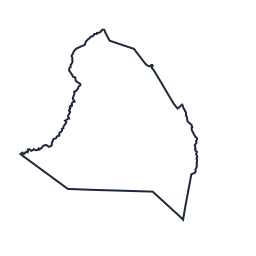 Palmas de Monte Alto, Bahia, Brazil, rotated 294°
{"feature_id": "56859067B99815103572089", "entity_name": "Palmas de Monte Alto", "entity_type": "district", "adm_level": 2, "iso_a3": "BRA", "parent_name": "Brazil", "parent_adm1": "Bahia", "projection": "mercator", "projection_center": [-43.172, -14.195], "detail": "fine", "context": "isolated", "style": "outline", "palette": "slate", "viewbox_px": 256, "rotation_deg": 294, "n_neighbors": 0, "source": "geoboundaries", "source_scale": "gbopen_adm2", "svg_char_len": 3451}
<svg xmlns="http://www.w3.org/2000/svg" viewBox="0 0 256 256"><g transform="rotate(294 128 128)"><path d="M208.1,66.4L207.7,65.3L207.2,64.4L206.1,64.3L205.3,63.8L204.2,63.8L203.4,62.9L202.7,61.8L202.2,61.0L201.2,61.2L200.6,60.0L200.2,59.0L199.0,58.9L197.6,58.6L196.8,57.4L195.9,56.7L194.8,56.5L193.7,56.0L192.6,55.3L191.4,55.0L190.4,54.4L189.1,54.6L187.9,54.4L186.7,54.8L185.6,54.0L184.4,52.9L183.6,52.1L182.6,51.2L181.3,50.1L180.3,49.2L179.6,48.7L178.8,48.1L177.7,47.9L176.8,47.5L175.9,47.3L174.8,47.4L173.5,47.4L171.9,47.2L170.7,47.3L170.0,48.0L169.6,48.6L168.6,49.1L167.6,49.2L167.0,49.9L166.1,50.3L164.9,50.4L163.3,50.3L162.4,50.0L161.5,50.2L160.5,50.8L159.5,50.2L158.6,50.2L157.4,50.4L156.2,51.2L155.7,52.4L154.9,53.5L154.1,55.0L153.6,55.7L152.6,56.6L152.5,57.8L152.7,59.3L151.6,60.0L150.6,60.4L149.7,61.3L149.5,62.7L149.1,64.5L149.1,65.6L148.9,66.4L147.8,67.1L146.4,66.3L144.9,66.0L143.8,66.4L142.7,66.0L141.7,65.6L140.6,65.5L139.9,64.7L139.2,64.1L138.3,64.7L137.1,65.2L136.1,65.2L135.1,65.3L134.0,65.4L133.0,65.4L131.9,65.9L131.6,66.8L131.2,67.6L130.4,68.4L129.3,67.1L128.4,66.8L127.5,66.7L126.7,67.0L126.1,67.7L124.8,67.6L124.9,66.5L124.0,66.2L123.1,66.4L122.4,67.2L121.5,67.4L120.8,66.8L119.7,67.1L119.3,68.4L118.0,68.7L116.6,68.4L115.2,68.3L114.3,68.4L113.6,69.4L112.6,70.3L111.9,69.3L110.9,68.8L109.9,68.3L109.1,67.5L108.6,68.3L108.4,69.2L107.5,69.5L106.3,69.1L105.2,68.8L104.2,68.7L102.5,68.5L101.4,69.1L100.1,68.0L99.1,68.6L98.1,68.7L97.0,68.3L96.1,67.4L94.8,67.4L93.8,68.1L92.9,68.3L92.3,67.1L91.1,66.5L90.0,66.4L89.1,66.3L88.5,65.4L87.7,64.6L86.9,64.3L85.9,64.5L85.0,64.6L83.9,64.5L82.3,64.9L81.1,65.4L80.0,64.9L79.3,64.0L78.6,63.4L78.8,62.3L79.1,61.5L79.2,60.7L78.9,59.5L77.9,58.5L77.1,57.7L76.2,57.5L74.8,57.3L73.9,56.6L73.0,56.3L72.1,55.7L72.9,54.7L71.8,54.4L70.8,53.9L70.2,52.8L70.3,51.5L70.4,50.6L69.2,50.2L68.7,49.5L67.9,49.1L67.9,47.9L68.5,46.5L67.9,45.5L67.1,45.3L66.2,46.1L65.0,46.2L64.9,44.9L63.9,44.1L62.9,44.0L61.9,43.5L62.2,42.5L62.6,41.5L61.7,41.0L60.4,40.4L59.6,43.7L58.8,47.6L56.8,56.9L54.3,68.3L47.9,97.7L48.4,99.1L56.6,119.6L65.4,141.0L69.0,149.8L79.9,176.4L68.0,212.1L66.6,215.6L80.4,212.1L111.5,204.7L112.8,205.9L113.6,206.7L114.5,207.4L115.3,207.6L116.2,207.2L117.0,206.7L117.9,206.5L119.0,206.5L119.9,206.7L120.8,206.4L122.2,206.1L123.3,205.1L124.6,204.9L125.9,204.5L126.9,204.1L127.5,203.3L128.6,202.9L129.6,203.2L130.6,202.2L131.4,201.4L131.9,200.7L133.0,200.8L134.2,200.8L134.5,199.7L134.9,198.6L135.5,198.0L136.5,198.1L137.3,197.4L138.2,197.0L139.6,195.9L140.7,196.2L141.7,196.4L142.7,196.5L143.2,195.8L144.1,195.5L145.5,195.7L146.6,195.3L147.2,194.1L147.5,192.8L148.3,191.9L148.9,191.0L149.8,190.0L150.7,188.8L151.3,187.9L152.0,187.3L152.9,186.7L153.8,186.1L155.0,186.4L155.6,185.5L156.4,185.1L156.9,184.1L157.2,183.1L157.5,182.2L157.8,181.3L158.0,180.4L158.7,179.4L159.7,178.7L161.2,177.9L162.2,177.0L162.9,176.0L163.8,175.7L165.2,175.0L166.2,174.0L166.8,173.0L167.6,172.5L168.4,170.9L169.3,170.1L170.0,169.4L170.8,168.8L171.4,168.0L169.9,167.2L168.7,166.7L167.5,166.4L166.9,165.7L166.0,165.3L168.6,160.2L169.3,159.1L170.9,156.8L178.8,145.7L182.2,141.0L182.7,140.3L189.6,130.4L190.2,129.7L192.3,126.1L192.6,125.3L193.6,125.1L195.0,125.2L195.5,124.5L195.1,123.7L194.1,123.5L193.3,123.0L193.0,122.0L193.0,120.5L193.1,119.4L193.5,118.6L194.0,117.2L197.0,111.8L199.6,107.0L200.3,105.6L202.7,101.3L202.6,100.0L201.1,84.6L200.3,75.7L205.9,68.5L208.1,66.4Z" fill="none" stroke="#1e293b" stroke-width="2"/></g></svg>